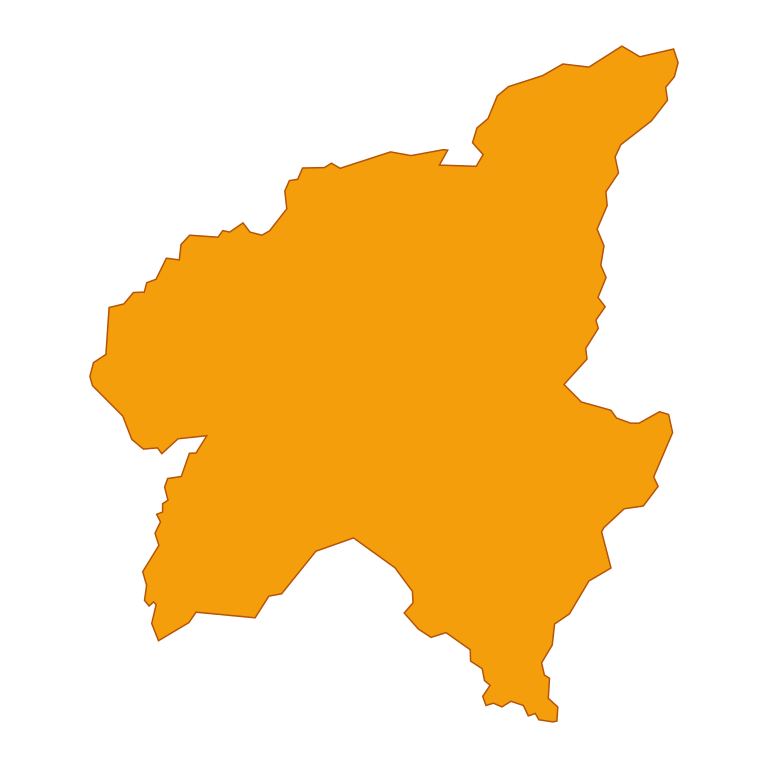 the district of Marrupa, Niassa, Mozambique
{"feature_id": "85939544B26738067837562", "entity_name": "Marrupa", "entity_type": "district", "adm_level": 2, "iso_a3": "MOZ", "parent_name": "Mozambique", "parent_adm1": "Niassa", "projection": "orthographic", "projection_center": [37.58, -13.04], "detail": "medium", "context": "isolated", "style": "filled", "palette": "amber", "viewbox_px": 768, "rotation_deg": 0, "n_neighbors": 0, "source": "geoboundaries", "source_scale": "gbopen_adm2", "svg_char_len": 1918}
<svg xmlns="http://www.w3.org/2000/svg" viewBox="0 0 768 768"><path d="M668.6,414.5L659.6,411.7L639.0,423.2L630.3,423.1L616.5,418.0L611.0,410.3L581.3,402.0L564.0,384.5L587.0,359.0L585.7,348.4L598.3,328.4L595.9,320.1L605.2,306.8L598.0,297.4L606.1,277.5L600.8,265.3L604.0,245.9L597.1,229.1L607.2,205.5L605.9,191.8L618.5,172.9L615.1,157.0L620.8,144.7L651.4,120.9L667.5,100.2L665.7,87.3L674.4,76.7L678.1,62.6L673.6,49.0L639.9,56.8L621.9,46.1L588.9,67.1L562.8,64.0L542.6,75.6L508.5,86.6L497.3,95.9L488.0,118.6L477.0,127.9L472.5,142.7L483.1,154.6L476.2,166.3L439.4,165.1L447.7,150.1L443.4,149.7L411.0,155.6L390.6,151.9L340.1,168.3L331.5,163.2L324.4,167.6L302.6,168.0L297.7,179.3L289.4,180.6L284.8,191.1L286.8,208.8L269.6,230.8L261.9,235.2L250.0,232.1L243.0,222.9L229.7,232.1L222.8,230.6L218.0,237.2L189.7,235.2L181.0,244.5L179.3,259.9L166.4,258.2L156.0,279.3L146.7,282.7L144.3,292.1L133.4,292.5L123.9,303.9L109.1,307.5L105.9,354.4L93.5,362.6L89.9,376.4L92.5,385.7L122.8,416.1L131.8,439.4L143.4,449.1L157.5,447.9L161.8,453.7L178.0,438.8L206.8,435.7L196.0,453.0L189.4,453.3L181.3,476.5L167.7,478.5L164.6,487.1L168.0,500.2L162.6,503.7L162.6,512.0L156.6,514.3L160.5,521.9L155.0,533.2L158.9,545.4L142.7,571.7L146.6,585.3L144.5,600.4L149.1,606.0L153.6,601.9L156.1,604.7L151.7,623.5L158.5,640.7L188.9,622.6L196.0,612.2L255.1,617.8L268.9,596.1L281.6,593.8L315.9,551.2L353.5,537.9L395.0,567.8L412.4,591.3L413.0,602.8L404.2,613.0L418.4,629.1L431.0,637.4L446.0,632.6L470.2,649.7L470.6,661.1L482.2,668.7L484.5,680.6L490.1,685.3L482.7,696.4L486.0,705.5L493.4,703.2L501.9,706.9L511.0,701.3L523.4,705.5L528.3,715.9L535.3,713.5L538.9,719.8L553.0,721.9L556.9,721.1L557.8,707.0L548.3,698.3L549.5,678.2L544.4,675.1L541.6,662.8L552.2,645.1L554.6,624.0L569.4,613.9L588.9,581.0L611.0,568.0L601.6,531.8L604.0,527.5L624.1,508.8L643.3,506.0L658.1,486.4L653.7,476.9L672.6,432.6L668.6,414.5Z" fill="#f59e0b" stroke="#b45309" stroke-width="1.5"/></svg>